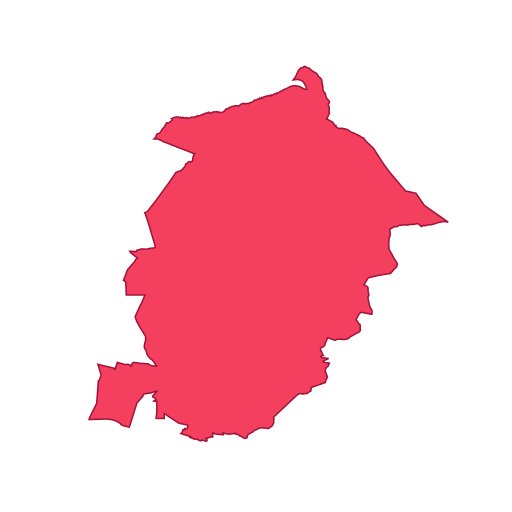 Atltzayanca, Tlaxcala, Mexico, rotated 79°
{"feature_id": "50627088B48258188094940", "entity_name": "Atltzayanca", "entity_type": "district", "adm_level": 2, "iso_a3": "MEX", "parent_name": "Mexico", "parent_adm1": "Tlaxcala", "projection": "natural_earth1", "projection_center": [-97.798, 19.412], "detail": "fine", "context": "isolated", "style": "filled", "palette": "rose", "viewbox_px": 512, "rotation_deg": 79, "n_neighbors": 0, "source": "geoboundaries", "source_scale": "gbopen_adm2", "svg_char_len": 6101}
<svg xmlns="http://www.w3.org/2000/svg" viewBox="0 0 512 512"><g transform="rotate(79 256 256)"><path d="M129.7,156.5L128.6,156.7L123.8,155.7L121.5,156.3L120.5,155.8L119.3,154.6L118.0,154.5L114.6,156.5L113.3,156.8L109.5,157.1L108.2,157.8L106.0,158.6L101.1,157.9L99.1,158.3L96.8,157.9L94.6,158.1L91.9,160.2L88.5,161.6L84.4,166.1L82.0,167.8L79.0,172.3L80.0,174.7L79.9,176.1L82.0,179.1L87.3,182.7L90.3,185.9L90.6,181.9L91.6,179.1L93.5,176.6L99.4,174.5L101.9,174.4L101.5,176.6L100.1,178.2L99.3,179.4L98.3,180.3L97.4,182.0L96.2,185.7L96.0,187.6L96.3,190.4L97.9,195.5L97.7,196.3L100.3,204.0L99.8,204.6L99.9,204.9L100.5,205.1L100.7,206.7L100.4,207.2L101.3,209.1L101.1,209.6L101.8,210.2L101.1,210.6L101.5,210.8L101.1,211.6L101.0,212.7L101.4,213.5L100.9,214.6L101.2,215.7L101.1,217.5L101.5,218.6L102.1,219.2L102.1,220.3L101.7,220.4L102.5,221.2L101.7,222.1L102.2,222.4L102.4,224.9L103.0,225.7L102.6,227.6L104.2,230.2L104.4,233.2L105.1,234.2L104.7,234.7L104.4,237.2L104.8,237.9L103.7,238.9L104.2,242.1L105.4,243.8L105.4,244.9L104.9,245.8L104.5,247.9L104.8,249.5L104.6,251.1L105.1,252.4L105.0,253.7L105.6,254.1L105.6,255.1L106.1,255.8L105.9,256.9L106.1,257.4L106.9,258.7L107.6,259.3L108.5,261.3L108.5,263.6L107.6,264.7L107.5,265.3L107.7,266.1L107.0,266.4L106.7,267.4L106.7,269.0L106.4,271.0L107.1,272.1L106.9,272.6L107.1,274.0L105.9,274.7L105.7,275.3L106.3,276.3L106.2,278.8L106.4,279.8L107.1,280.5L106.7,281.7L107.6,284.3L107.2,286.7L107.3,287.4L107.9,288.2L107.7,289.2L108.0,289.9L107.4,292.6L108.1,296.6L107.9,296.9L107.2,296.9L107.2,298.3L106.7,298.8L107.1,300.3L105.8,301.4L106.2,302.1L106.2,302.8L105.3,303.6L105.9,304.4L105.7,305.0L105.0,305.3L104.5,306.1L104.3,309.7L105.0,312.7L105.6,312.1L106.1,312.0L107.2,313.1L107.7,314.5L108.4,315.5L108.6,316.2L108.2,318.1L108.3,318.7L109.6,319.2L110.4,320.3L111.9,321.5L113.5,323.8L116.2,326.1L117.0,327.3L117.3,329.9L118.3,330.8L120.5,332.0L121.6,333.8L122.4,330.3L124.7,326.7L125.9,325.4L144.0,296.8L144.5,297.6L146.8,298.9L149.9,300.0L151.2,301.0L151.2,301.7L150.6,303.4L150.7,304.3L151.4,305.1L152.1,307.2L152.8,307.8L153.6,307.9L155.1,309.1L156.0,310.8L157.0,311.8L157.9,313.4L158.3,317.2L158.7,318.7L159.8,320.0L160.3,320.2L168.3,328.4L182.5,343.7L191.8,354.4L192.2,356.9L203.0,355.4L227.4,353.0L228.0,353.2L228.6,354.5L228.5,356.0L228.3,356.8L228.4,358.0L228.1,358.9L228.4,359.3L228.4,362.6L227.6,365.1L227.7,366.2L227.2,366.6L227.4,367.4L227.2,368.2L227.5,369.5L227.6,372.1L228.8,372.8L227.2,379.0L228.9,378.4L235.4,372.8L236.4,374.7L236.9,374.9L238.6,376.6L244.9,384.7L254.7,390.8L256.5,388.8L269.5,390.8L273.1,372.5L280.4,377.3L281.9,378.7L292.4,386.2L297.4,385.6L303.0,383.8L313.6,379.8L316.9,380.2L321.9,382.5L324.5,383.1L325.9,382.8L327.5,382.0L331.3,381.8L333.3,381.2L336.6,379.4L338.1,377.9L339.4,377.0L344.9,374.6L345.1,375.0L344.8,375.1L344.1,378.8L342.5,381.3L341.2,382.4L340.4,385.9L339.8,387.3L339.6,389.0L337.0,396.7L338.7,399.1L340.2,399.2L340.5,399.6L337.9,401.9L337.5,405.3L334.0,412.4L340.3,415.9L339.8,416.9L339.1,416.6L334.9,426.0L332.1,431.9L343.4,430.7L348.0,433.6L348.5,434.6L370.2,440.5L383.2,450.4L384.7,451.1L387.5,433.8L389.0,429.1L390.7,425.7L392.2,423.7L394.4,421.3L395.8,420.2L395.9,420.4L397.2,418.8L399.8,413.0L377.5,400.9L372.4,394.2L372.2,394.5L370.0,392.4L370.4,385.1L370.0,382.9L369.8,379.1L370.6,379.7L371.5,381.3L373.4,383.8L374.2,384.2L374.9,384.1L376.2,382.2L377.4,381.5L378.2,381.9L378.2,382.9L378.8,384.1L379.9,381.1L389.8,383.0L396.4,385.1L398.0,377.1L393.2,376.1L405.4,363.7L409.0,355.2L410.7,355.5L412.2,356.8L412.5,358.0L412.3,358.5L411.9,358.2L411.7,358.5L412.1,359.2L412.5,358.9L413.1,359.4L413.2,359.9L412.6,360.9L414.5,361.8L415.3,362.5L416.0,363.7L420.8,354.6L421.5,355.5L423.1,352.8L423.7,352.1L424.3,350.4L424.4,349.1L424.9,348.2L425.8,347.6L426.9,345.6L426.8,344.9L426.2,344.3L428.4,340.2L428.2,339.6L427.2,339.1L425.7,340.0L425.8,339.3L425.3,338.8L425.5,338.4L425.3,336.5L425.0,336.3L425.4,333.0L421.2,332.2L422.9,330.0L425.3,322.3L425.1,322.0L423.5,322.4L423.3,322.3L424.6,319.7L425.8,316.3L426.2,309.9L426.9,310.1L427.2,309.7L427.8,307.4L429.2,306.8L430.8,304.2L431.3,303.9L432.8,302.1L433.0,300.8L432.8,299.6L429.9,298.1L428.4,294.2L428.0,292.3L426.8,290.9L426.7,289.1L425.8,286.5L425.6,284.1L426.5,280.4L427.7,276.8L426.0,272.7L423.5,270.6L419.2,269.4L418.4,269.7L417.5,269.4L399.9,241.6L399.4,238.9L399.8,237.5L400.5,236.7L400.2,235.6L400.5,235.2L400.4,234.1L400.8,232.6L399.3,229.0L399.0,227.9L395.6,226.8L393.4,212.1L392.9,212.1L388.3,208.9L382.1,210.1L379.7,208.9L378.7,208.0L378.4,206.9L377.9,206.2L375.1,204.5L374.7,204.9L374.3,207.6L372.8,210.2L372.3,210.2L371.8,209.8L370.7,204.9L370.2,204.8L369.4,207.7L368.1,211.1L367.6,211.5L367.1,211.5L366.2,210.4L366.6,208.9L365.9,209.3L361.8,210.0L361.7,210.7L359.7,210.5L358.0,209.3L357.8,209.1L357.8,208.6L358.2,207.7L356.9,205.6L354.4,204.4L352.2,202.7L349.8,201.4L353.8,194.6L353.2,191.4L354.9,185.1L354.9,183.7L354.8,181.7L354.5,180.8L353.4,179.4L352.4,175.9L351.0,172.2L350.4,169.5L349.7,168.4L348.7,167.7L344.9,167.2L344.2,166.9L342.8,167.1L341.9,168.1L337.7,169.7L337.0,169.6L332.9,166.1L331.9,164.8L331.4,163.3L335.4,153.4L333.0,152.7L331.2,152.6L330.2,152.9L329.2,153.5L326.7,154.0L318.9,154.1L317.2,153.6L316.3,152.8L315.0,152.6L311.6,152.7L308.7,152.1L307.6,152.4L306.0,154.0L305.0,155.5L299.4,150.6L298.8,148.8L298.4,139.5L298.8,127.0L298.2,126.7L297.1,125.0L295.3,123.0L294.6,121.5L293.3,119.9L290.9,118.7L288.3,119.4L283.5,121.3L274.6,124.1L269.1,123.3L264.6,122.2L261.3,120.4L259.8,119.9L254.9,119.6L254.8,118.0L253.9,115.8L253.7,114.8L254.1,112.1L253.2,109.7L253.6,106.7L253.5,105.8L254.6,101.0L254.4,98.3L255.0,95.9L255.0,91.1L257.1,89.1L258.3,88.5L258.7,87.8L257.9,85.8L258.6,84.2L258.2,81.3L258.6,79.9L258.7,76.8L258.0,71.3L257.9,67.0L258.2,64.4L259.4,60.9L238.5,81.1L224.9,87.0L220.7,96.8L200.4,108.2L190.3,113.1L172.6,120.2L163.7,126.6L160.7,127.8L159.7,129.7L158.2,130.9L156.0,133.7L153.4,137.4L152.4,139.4L150.4,140.9L148.8,143.1L147.1,146.9L146.6,150.2L145.7,151.7L144.1,152.8L143.0,152.7L142.7,153.9L139.9,154.8L138.7,155.8L136.1,159.0L135.2,160.6L129.7,156.5Z" fill="#f43f5e" stroke="#9f1239" stroke-width="1.5"/></g></svg>